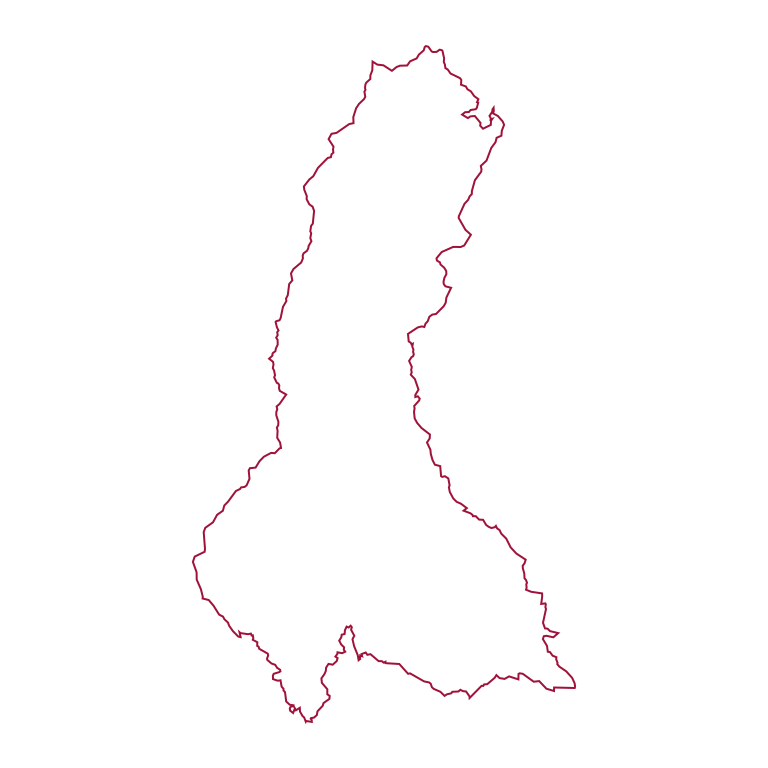 Lopatari, Buzau, Romania (orthographic projection)
{"feature_id": "2599482B38865643072398", "entity_name": "Lopatari", "entity_type": "district", "adm_level": 2, "iso_a3": "ROU", "parent_name": "Romania", "parent_adm1": "Buzau", "projection": "orthographic", "projection_center": [26.556, 45.546], "detail": "fine", "context": "isolated", "style": "outline", "palette": "rose", "viewbox_px": 768, "rotation_deg": 0, "n_neighbors": 0, "source": "geoboundaries", "source_scale": "gbopen_adm2", "svg_char_len": 6083}
<svg xmlns="http://www.w3.org/2000/svg" viewBox="0 0 768 768"><path d="M574.7,688.0L575.1,686.6L574.6,683.2L572.1,677.8L566.2,671.3L559.3,666.6L557.3,664.2L557.5,662.7L556.2,659.3L556.4,657.2L552.6,655.7L550.0,652.1L547.8,651.7L547.0,645.9L542.9,639.1L543.8,636.2L546.5,635.8L553.3,637.3L558.2,633.1L550.0,631.1L547.6,628.7L545.0,628.4L543.0,622.8L546.0,609.0L545.4,607.2L545.8,604.3L545.4,603.4L541.2,603.9L542.2,596.4L542.1,593.4L531.2,591.8L526.0,589.7L526.6,587.8L526.3,584.3L527.0,582.7L526.0,580.0L524.5,578.2L524.3,573.6L522.8,568.1L522.7,565.7L524.5,563.4L525.7,559.7L516.3,553.5L510.6,547.3L506.3,538.7L501.3,533.7L499.5,530.0L497.1,528.4L495.9,525.9L494.6,527.3L491.3,528.0L488.5,526.7L486.1,524.9L483.1,519.8L479.1,519.6L475.8,516.2L472.9,516.2L472.6,515.0L470.5,513.3L463.6,510.7L466.8,508.1L460.9,503.7L456.6,501.8L453.3,498.5L449.8,492.0L448.9,487.3L449.6,485.3L448.3,478.4L444.9,476.2L442.2,476.9L441.1,476.2L440.2,466.1L434.9,464.7L432.5,460.0L430.8,453.9L430.4,449.7L427.0,442.5L429.7,438.4L429.9,434.5L421.5,428.0L417.2,423.0L414.7,418.5L414.0,411.8L414.6,408.5L414.2,406.0L419.2,400.4L419.7,398.6L417.8,396.3L415.3,397.0L415.3,395.0L418.5,389.6L414.9,379.1L410.8,374.7L411.7,372.4L411.2,369.9L411.8,366.9L409.1,360.9L411.5,357.2L413.1,356.2L413.8,354.2L413.1,352.0L413.4,349.6L412.3,346.6L412.8,343.8L411.6,344.5L410.8,342.8L408.7,341.4L408.0,333.9L417.8,327.4L421.9,326.4L424.3,327.0L425.6,323.5L427.7,321.3L429.4,316.7L432.3,314.6L436.0,314.0L443.8,306.1L445.7,302.7L446.4,297.5L451.1,287.8L445.4,286.3L443.8,284.1L443.5,281.8L444.4,277.8L446.4,274.1L446.2,271.0L444.2,267.7L440.5,264.5L440.0,262.5L436.9,260.5L436.5,258.3L441.7,252.0L453.2,246.9L460.7,247.0L464.2,245.5L470.9,234.7L465.5,229.9L458.7,218.0L458.8,216.3L464.5,203.8L468.1,199.9L469.8,196.1L471.8,194.1L471.9,191.0L474.9,180.2L481.2,171.7L481.5,169.4L480.8,165.9L486.5,160.6L491.3,147.9L495.5,142.2L496.6,137.8L501.4,135.7L501.8,130.8L504.1,124.8L502.7,121.5L497.9,116.0L493.1,113.4L493.8,110.9L493.6,107.8L492.5,109.4L492.2,111.8L489.5,115.9L490.8,118.3L490.6,119.5L492.3,118.9L491.0,120.8L490.8,124.9L483.0,128.7L480.2,125.7L480.5,122.9L474.8,116.0L470.4,116.4L467.9,118.1L462.1,114.6L465.1,112.2L468.9,112.0L470.6,110.0L475.8,109.2L476.9,107.7L478.2,102.6L477.0,102.2L478.4,99.2L474.2,96.1L470.9,91.4L467.4,89.2L465.9,86.5L461.0,84.7L461.3,80.0L460.1,78.2L450.5,73.5L447.8,69.6L445.4,68.1L444.9,64.5L443.8,62.1L444.1,58.3L442.5,51.0L441.7,50.1L439.6,49.7L436.6,51.9L433.0,52.0L431.6,51.4L428.3,46.7L425.8,46.1L424.7,47.1L423.7,50.4L418.8,54.7L416.7,58.4L410.1,61.3L407.2,65.5L400.0,65.7L396.6,67.0L391.9,70.8L383.4,65.3L377.3,64.6L372.6,61.6L372.3,70.3L370.4,75.3L370.3,79.0L366.2,82.7L365.4,84.6L365.0,88.1L365.5,89.8L364.4,91.7L365.3,96.7L364.1,99.0L358.9,104.0L356.1,108.3L353.3,117.1L353.5,123.2L349.3,124.0L336.5,132.9L331.5,133.8L328.6,139.1L333.5,146.7L333.0,149.6L333.4,152.6L331.5,154.3L330.9,157.2L327.8,157.9L318.0,167.8L313.3,176.2L309.4,179.4L303.9,186.4L304.3,189.8L306.8,196.1L306.6,199.1L309.3,204.3L312.6,206.7L314.1,210.9L312.8,223.7L311.1,225.8L310.3,231.3L311.2,233.3L310.3,238.1L311.4,241.2L308.6,246.0L308.3,248.2L307.0,250.8L303.5,253.4L302.7,255.7L302.9,258.4L301.2,262.5L293.5,269.0L291.0,273.4L292.3,280.4L289.2,284.0L287.8,295.1L286.0,298.7L286.4,301.0L283.0,306.8L280.6,318.2L279.5,320.3L276.2,321.2L275.6,322.0L276.9,327.2L278.5,330.5L277.2,332.2L277.7,335.2L276.2,337.7L277.6,339.9L277.7,344.7L275.9,348.4L275.4,351.2L273.0,352.9L272.4,354.0L272.5,355.5L269.1,358.7L273.1,361.9L273.5,364.5L272.8,368.1L274.1,370.6L275.0,375.2L274.2,377.4L276.8,382.8L278.3,383.5L279.3,385.4L279.0,388.2L279.8,390.9L286.2,394.5L279.5,404.0L276.6,406.5L277.3,409.2L276.3,412.0L276.3,415.4L278.4,421.8L278.2,425.4L276.9,427.5L277.6,430.9L277.2,437.8L280.1,442.6L281.0,448.0L279.5,448.4L274.8,453.2L271.1,452.9L263.9,456.7L259.5,461.2L255.6,467.6L249.9,468.2L248.7,470.5L249.5,478.8L246.7,485.2L244.7,486.9L241.1,487.4L240.0,489.0L235.9,491.0L228.1,501.6L224.3,505.5L222.9,510.7L217.1,514.8L213.0,522.3L205.3,527.8L203.7,532.1L205.0,548.9L204.6,551.8L194.7,556.6L192.9,561.9L196.6,572.3L196.7,579.6L200.9,589.2L202.8,596.8L202.6,598.5L208.7,600.0L213.6,605.8L219.1,614.6L223.0,616.6L224.4,619.2L228.0,622.6L229.1,625.7L232.9,631.1L238.3,636.6L240.6,637.1L239.5,632.2L240.5,633.1L248.1,634.2L250.9,633.6L251.6,635.5L252.8,635.3L253.3,638.0L252.8,639.8L257.3,642.2L257.2,645.9L258.6,646.7L259.2,648.8L267.7,653.6L268.2,655.2L267.0,658.8L267.4,660.0L271.5,663.5L275.2,664.8L277.1,667.8L280.1,669.8L280.4,671.3L279.3,672.1L273.7,673.8L272.9,675.6L273.0,679.1L277.7,680.7L280.5,680.3L281.6,686.6L283.5,688.8L283.5,690.5L285.0,692.1L286.2,701.5L289.7,704.7L293.6,705.3L293.5,706.6L291.8,706.2L290.3,707.2L289.8,708.4L290.1,710.6L293.1,713.0L294.9,708.4L295.9,710.3L299.8,707.8L300.0,711.6L302.5,716.0L304.2,717.5L305.8,721.8L306.3,721.0L311.8,721.9L311.7,719.9L310.7,718.7L311.0,718.1L314.0,717.6L316.8,715.1L317.5,711.3L322.7,705.8L323.5,703.1L329.4,698.9L329.7,695.9L327.3,694.3L327.3,689.2L321.9,682.9L321.4,678.4L324.5,674.0L325.8,670.9L326.1,667.7L328.5,663.9L332.7,664.7L336.7,661.1L337.6,658.1L335.4,656.6L337.4,653.9L337.5,652.3L342.1,653.2L345.2,651.7L343.8,649.7L344.1,647.3L341.2,644.5L339.2,640.6L341.3,637.3L341.7,634.7L344.6,634.0L344.9,630.4L346.6,626.6L348.7,627.5L350.6,625.7L351.8,627.2L351.1,629.8L354.3,635.7L352.5,639.2L354.1,646.1L357.7,655.0L358.6,660.2L360.0,659.1L359.3,658.3L360.0,657.8L359.5,656.8L360.5,656.4L360.3,655.6L362.1,656.2L361.5,654.1L365.7,652.5L367.3,654.8L370.5,654.2L378.6,661.1L381.9,661.2L383.6,662.6L385.4,661.8L385.3,662.9L386.0,663.2L399.3,664.0L408.1,673.8L410.1,673.4L424.1,681.4L429.0,682.4L430.7,683.7L431.9,687.2L433.6,688.8L440.4,691.8L444.6,695.9L446.9,694.3L451.3,693.3L452.3,691.8L458.4,691.5L460.4,689.8L462.8,691.1L466.1,691.5L469.5,696.4L469.6,698.0L481.6,685.8L483.3,685.9L484.1,684.4L487.2,684.2L494.6,677.9L496.4,675.1L499.6,678.1L504.6,678.9L509.1,676.4L518.4,679.4L518.5,674.0L519.6,673.3L522.8,673.8L533.7,681.7L539.2,681.1L546.4,688.7L554.0,691.0L554.1,687.5L574.7,688.0Z" fill="none" stroke="#9f1239" stroke-width="2"/></svg>